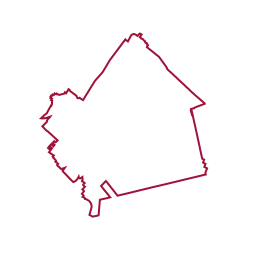 Tizayuca, Hidalgo, Mexico, rotated 194°
{"feature_id": "50627088B81071205197535", "entity_name": "Tizayuca", "entity_type": "district", "adm_level": 2, "iso_a3": "MEX", "parent_name": "Mexico", "parent_adm1": "Hidalgo", "projection": "natural_earth1", "projection_center": [-98.946, 19.853], "detail": "fine", "context": "isolated", "style": "outline", "palette": "rose", "viewbox_px": 256, "rotation_deg": 194, "n_neighbors": 0, "source": "geoboundaries", "source_scale": "gbopen_adm2", "svg_char_len": 4560}
<svg xmlns="http://www.w3.org/2000/svg" viewBox="0 0 256 256"><g transform="rotate(194 128 128)"><path d="M198.7,85.6L198.8,85.4L197.3,84.8L196.3,84.4L195.2,84.0L194.2,83.6L193.5,83.4L193.4,83.4L193.6,82.9L194.1,82.0L193.3,81.6L193.3,81.4L192.7,80.9L192.8,80.8L192.6,80.7L191.7,80.1L190.7,79.5L189.8,78.6L190.7,76.9L190.6,77.1L190.4,77.4L189.2,77.4L188.2,76.9L187.1,76.3L187.9,74.9L186.9,74.2L186.2,73.7L185.8,73.7L185.3,73.5L184.8,73.1L183.8,72.4L183.7,72.5L182.7,72.1L179.7,74.1L181.1,70.5L179.7,69.5L177.2,68.0L174.9,66.5L173.3,65.5L173.2,65.4L170.9,64.0L168.0,62.3L166.8,63.2L166.0,64.0L165.6,64.7L164.8,66.1L164.4,67.4L164.1,68.8L163.8,68.2L163.4,67.7L162.9,67.5L162.3,67.5L161.8,67.9L160.8,68.9L160.4,69.4L159.5,66.7L159.7,66.4L159.8,65.8L159.7,65.3L159.7,65.2L159.0,65.1L158.8,65.0L156.8,64.2L156.7,64.1L157.1,63.4L157.8,62.2L157.5,61.6L155.8,60.5L155.7,60.5L156.5,58.9L157.4,57.4L155.6,56.3L155.4,55.9L156.8,53.0L154.7,51.7L155.4,50.2L153.1,49.8L152.7,48.8L151.8,48.9L150.1,48.5L148.9,48.1L148.0,47.8L147.3,47.3L146.7,46.8L146.0,46.2L145.3,45.0L144.5,43.8L144.4,43.5L144.2,42.4L144.2,41.7L144.2,41.0L144.2,39.7L144.3,38.6L144.3,37.9L144.3,35.8L144.4,34.4L142.3,33.9L141.4,33.5L140.7,33.5L140.4,33.7L136.3,35.6L135.5,36.0L135.3,35.5L135.4,36.2L135.7,37.8L136.0,40.0L136.2,40.9L136.9,45.4L137.0,46.2L137.1,46.7L137.2,47.5L137.3,48.1L137.5,48.7L137.6,49.4L137.7,50.2L137.9,51.6L135.3,52.9L135.0,53.1L134.3,53.4L133.9,53.6L131.8,54.7L128.5,56.4L132.6,59.6L133.1,60.0L134.2,60.8L134.7,61.1L136.9,62.8L138.7,64.2L140.1,65.3L139.0,67.1L138.5,68.0L138.3,68.3L138.2,68.5L137.9,69.0L137.5,69.7L137.4,69.8L137.2,70.2L137.1,70.3L136.6,71.2L136.3,71.0L135.7,70.5L135.5,70.4L135.1,70.1L134.5,69.7L134.1,69.3L133.6,69.0L133.6,68.9L132.9,68.4L132.7,68.3L131.0,67.0L130.6,66.6L129.5,65.8L129.4,65.7L128.2,64.8L121.8,59.8L113.8,63.9L90.0,76.4L87.5,77.7L84.5,79.2L81.4,80.8L73.3,85.0L71.4,86.0L62.6,90.6L41.3,101.7L42.1,103.3L41.9,104.9L41.5,108.0L44.5,108.7L44.1,111.9L46.8,112.6L46.5,115.7L48.6,116.2L53.5,126.1L54.0,127.3L54.9,129.0L55.9,131.0L56.2,131.6L56.2,131.9L56.4,132.1L57.4,134.0L59.3,138.0L69.7,158.8L69.8,157.5L70.1,158.0L71.4,160.3L71.5,161.7L68.6,163.2L68.5,163.7L68.4,163.8L59.4,170.1L59.5,170.4L71.3,176.4L75.1,178.4L76.5,179.2L77.9,180.1L79.0,180.7L81.5,182.0L82.2,182.4L83.8,183.4L85.5,184.3L87.1,185.2L87.5,185.4L89.2,186.3L90.8,187.2L92.2,188.0L93.5,188.8L95.1,189.6L96.6,190.5L98.0,191.3L99.4,192.0L100.8,192.8L102.2,193.5L103.4,194.2L103.5,194.3L104.6,195.0L104.7,195.6L106.4,197.2L106.5,197.3L108.5,199.0L115.3,204.7L115.6,204.8L119.2,206.4L122.2,207.8L124.0,208.6L124.5,208.9L125.0,209.1L126.8,209.9L129.3,211.1L128.6,213.1L129.1,213.2L129.6,213.4L129.6,213.9L129.7,214.3L129.9,214.5L130.2,214.7L130.7,215.0L131.0,214.8L131.5,215.0L131.9,215.1L132.2,215.6L132.3,216.0L132.5,216.3L132.8,216.4L133.6,216.8L134.1,217.1L134.4,217.3L134.8,217.7L135.5,217.8L136.2,218.0L136.8,218.0L137.0,218.2L137.1,218.4L137.3,218.5L137.5,218.6L137.9,218.7L138.5,219.0L137.4,222.0L138.3,222.3L139.4,222.5L140.3,221.3L140.9,219.7L141.9,219.9L142.9,220.4L143.7,220.5L144.4,220.7L145.3,220.6L146.1,220.0L147.2,219.1L147.6,217.6L147.8,216.7L148.0,216.2L149.0,212.0L150.3,212.5L150.8,212.5L152.0,213.3L155.3,205.5L158.5,197.9L162.1,189.3L166.0,176.4L166.9,174.5L171.4,165.9L173.5,159.4L174.2,157.4L174.7,155.7L174.8,155.4L175.1,154.5L175.3,153.8L176.0,151.6L176.4,150.5L177.2,148.0L177.5,146.8L178.4,144.2L182.0,145.4L182.3,145.6L182.9,145.0L184.2,144.8L184.7,145.1L185.2,145.9L185.8,146.8L192.3,149.5L193.5,150.1L193.7,150.7L195.1,151.3L196.4,146.8L197.8,147.4L197.9,146.1L200.3,144.8L200.8,144.5L202.9,143.4L205.6,144.1L205.8,143.4L206.0,143.4L207.5,143.8L207.9,142.0L209.2,142.3L209.6,140.9L210.3,141.1L210.8,139.6L210.1,139.4L210.4,138.3L209.0,138.1L209.4,136.6L209.0,136.6L208.3,136.5L208.2,136.4L208.2,135.7L207.9,134.3L207.5,132.8L207.9,131.9L207.8,131.2L208.1,131.3L209.3,126.9L209.8,125.0L210.3,122.8L212.5,119.8L212.7,119.5L214.7,116.4L213.0,116.6L210.1,117.8L208.9,118.5L207.6,119.3L206.9,119.7L206.2,120.2L206.3,119.9L207.6,117.7L207.7,117.4L207.9,117.1L208.1,116.7L208.3,116.0L208.3,115.9L208.3,115.1L208.2,114.3L208.5,113.8L208.8,113.4L209.0,113.0L210.2,111.0L210.6,110.3L210.8,109.9L211.5,109.0L211.2,108.8L208.7,107.1L207.8,106.6L206.4,105.7L205.1,105.4L204.3,104.9L194.3,99.5L193.3,99.0L194.2,97.4L194.9,96.6L196.4,97.4L196.6,97.0L197.6,95.2L195.2,93.9L195.5,93.3L195.5,93.2L195.9,92.2L198.6,93.6L199.8,91.5L196.9,90.0L197.2,89.1L200.1,90.7L200.8,89.3L197.8,87.7L198.1,87.0L198.4,86.2L198.7,85.6Z" fill="none" stroke="#9f1239" stroke-width="2"/></g></svg>